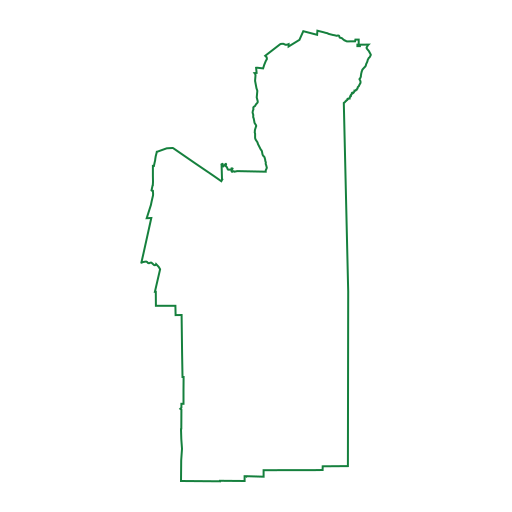 General Pedernera, San Luis, Argentina
{"feature_id": "61730980B72595291642381", "entity_name": "General Pedernera", "entity_type": "district", "adm_level": 2, "iso_a3": "ARG", "parent_name": "Argentina", "parent_adm1": "San Luis", "projection": "equal_earth", "projection_center": [-65.599, -33.81], "detail": "fine", "context": "isolated", "style": "outline", "palette": "green", "viewbox_px": 512, "rotation_deg": 0, "n_neighbors": 0, "source": "geoboundaries", "source_scale": "gbopen_adm2", "svg_char_len": 5683}
<svg xmlns="http://www.w3.org/2000/svg" viewBox="0 0 512 512"><path d="M347.9,466.1L348.2,291.6L343.8,102.9L344.0,102.7L344.3,102.6L344.5,102.5L344.9,102.1L345.0,102.0L345.2,101.8L345.4,101.4L345.8,101.1L346.0,101.0L346.0,100.9L346.2,100.7L346.3,100.5L346.4,100.4L346.9,100.2L347.1,100.1L347.4,99.5L347.6,99.3L347.6,99.0L347.9,99.0L348.0,99.1L348.3,98.8L348.3,98.6L349.0,98.5L349.6,98.5L349.6,98.2L349.8,97.7L349.8,97.3L349.9,97.1L350.1,96.7L350.3,96.5L350.3,96.4L350.7,96.4L350.8,96.3L350.7,96.1L350.7,95.4L351.1,95.1L351.1,94.7L351.3,94.6L351.7,94.2L351.8,94.0L351.8,93.5L351.8,93.3L352.1,93.1L352.1,92.8L352.4,92.6L352.6,92.6L352.9,93.2L353.0,93.2L353.4,92.9L354.0,92.1L354.2,91.6L354.5,91.3L354.6,91.2L354.5,90.8L354.5,90.6L355.1,90.6L355.6,90.5L355.7,90.2L356.1,89.8L356.3,89.7L356.4,89.8L356.6,89.8L356.9,89.2L357.0,89.0L357.3,88.8L357.5,88.5L357.5,88.3L357.6,88.0L357.6,87.8L357.8,87.1L358.4,86.6L358.5,86.4L358.8,86.2L359.3,85.0L359.4,84.9L359.5,84.6L359.7,84.4L359.9,83.9L360.2,83.3L360.4,83.1L360.5,82.8L360.5,82.1L360.5,81.5L360.3,81.0L360.2,80.5L359.5,79.4L359.5,79.0L360.0,78.4L360.3,78.0L360.8,76.8L360.9,76.2L360.9,75.5L361.0,75.0L361.1,74.5L361.2,73.6L361.4,72.8L361.6,72.1L361.7,71.4L362.1,70.7L362.3,69.8L362.8,69.1L363.2,68.8L363.7,68.1L364.3,67.6L364.7,67.0L365.2,66.7L365.5,66.2L366.0,64.9L366.1,64.2L366.4,63.6L367.1,62.1L367.5,61.0L367.6,60.5L367.7,60.0L368.0,59.4L368.4,58.7L368.8,57.9L369.1,57.7L369.6,57.3L370.6,55.4L370.8,54.8L370.1,53.3L369.8,52.9L369.7,52.6L369.3,52.0L369.2,51.5L368.4,50.5L367.3,49.2L366.7,48.4L366.6,47.4L367.3,46.4L367.7,45.4L368.3,44.8L368.5,44.6L359.9,44.7L359.9,46.1L357.4,46.1L357.4,44.7L358.7,44.7L358.7,39.6L355.4,39.6L355.1,41.3L346.9,41.4L345.9,41.0L345.4,40.6L345.0,40.5L344.7,40.5L344.5,40.4L344.3,40.3L344.2,40.1L343.2,39.4L341.9,38.2L341.4,38.0L341.1,37.9L340.3,37.8L340.0,37.7L339.7,37.5L339.6,37.3L339.1,35.9L338.9,35.7L338.7,35.6L337.9,35.5L337.5,35.6L336.9,35.8L336.7,35.8L334.3,35.2L333.0,35.0L328.3,33.8L327.7,33.3L325.5,32.8L324.4,32.5L323.8,32.3L320.6,31.5L317.4,30.7L317.1,34.8L303.3,31.2L299.8,39.0L299.5,39.8L299.2,40.0L288.6,46.5L288.6,44.1L287.9,44.4L287.3,44.6L286.1,44.8L285.8,44.8L285.1,44.6L283.6,43.9L283.3,43.8L282.8,43.8L281.0,43.9L280.4,44.1L279.8,44.5L265.2,55.8L266.7,57.3L266.9,59.0L265.7,61.2L264.2,64.9L263.1,68.4L257.0,67.7L256.1,67.8L256.6,72.9L254.5,73.1L255.0,73.8L255.2,74.0L255.4,74.5L255.4,74.9L255.5,75.4L255.1,80.3L255.1,81.1L255.2,81.5L256.5,88.4L256.7,88.9L257.2,90.4L257.3,90.8L257.3,91.3L256.8,96.6L256.7,97.2L256.8,97.7L256.9,98.1L257.7,101.2L257.7,101.7L257.7,102.1L257.6,102.4L257.5,102.6L257.3,102.9L256.2,104.1L255.9,104.4L255.7,104.8L255.4,105.4L255.2,105.7L254.9,106.1L253.8,106.8L253.6,107.0L253.4,107.3L253.3,107.6L253.3,108.0L253.3,108.3L253.4,109.0L253.4,109.4L253.2,109.9L253.0,110.3L252.9,110.6L252.6,112.3L252.6,112.6L252.7,113.0L253.1,114.3L253.2,114.8L253.3,115.2L253.2,115.7L253.2,117.1L253.3,117.3L253.3,117.6L253.6,118.1L253.7,118.4L254.4,122.1L254.4,122.3L254.5,122.7L254.6,123.0L256.0,125.2L256.1,125.5L256.2,125.9L256.1,126.4L256.0,126.5L255.0,129.7L254.9,130.2L254.8,131.9L254.7,132.3L254.8,132.6L255.1,133.7L255.1,134.0L255.1,137.2L255.1,137.9L255.3,138.7L255.5,139.2L255.7,139.7L257.5,142.4L257.6,142.9L257.8,143.4L257.9,143.9L260.7,149.4L260.9,149.7L261.5,150.4L261.7,150.8L261.9,151.2L262.5,154.3L262.6,154.6L262.8,155.1L263.0,155.5L263.2,155.8L263.5,156.0L263.9,156.4L264.1,156.7L264.5,157.2L265.1,159.4L265.2,160.0L265.3,160.8L265.4,161.2L265.5,161.5L265.7,162.0L265.8,162.3L265.8,162.6L265.8,162.8L265.7,163.6L265.7,163.9L265.8,164.2L265.9,164.5L266.0,164.8L266.1,165.0L266.2,165.3L266.7,167.3L266.8,167.6L266.7,168.1L266.6,168.5L266.3,169.1L266.1,169.5L265.8,170.2L265.7,170.9L265.7,171.3L265.7,171.7L237.2,171.1L235.9,171.4L234.4,171.7L234.2,171.5L233.9,171.3L233.7,171.2L233.4,171.3L233.2,171.3L232.1,171.8L231.9,171.6L231.7,171.4L231.5,171.1L231.5,170.7L231.6,170.3L232.2,169.2L232.3,169.0L232.4,168.9L232.5,168.6L232.3,168.5L232.2,168.4L231.9,168.4L231.7,168.4L231.7,168.5L231.1,169.3L230.8,169.5L230.6,169.6L228.5,169.7L228.2,169.6L227.9,169.5L227.7,169.2L227.0,167.5L226.9,167.3L226.8,167.1L225.9,166.3L225.7,166.1L225.7,165.8L225.7,165.6L226.0,164.9L226.1,164.4L226.1,164.2L225.9,163.9L225.7,163.9L225.5,164.0L224.9,164.7L224.6,165.2L224.5,165.3L224.2,165.5L223.9,165.6L223.7,165.7L223.5,165.9L223.3,166.4L223.1,166.4L222.9,166.4L222.7,166.3L222.6,166.1L222.5,165.9L222.7,164.1L222.5,163.9L221.9,164.1L221.5,164.4L221.6,164.7L221.7,165.0L221.6,165.4L222.0,179.2L222.3,179.4L221.3,181.2L213.4,175.7L195.0,163.2L173.4,148.3L173.2,148.2L172.7,148.0L172.3,148.0L166.9,148.3L166.5,148.4L157.3,151.7L157.0,151.8L156.8,151.8L156.6,152.8L155.7,156.3L155.3,158.8L155.1,160.5L154.6,162.6L153.9,166.0L152.9,165.9L152.9,176.0L153.0,181.8L152.8,185.3L152.6,185.4L151.5,190.4L151.7,190.6L152.9,190.8L153.1,194.1L153.0,195.5L151.7,201.1L150.9,205.0L146.7,218.2L151.3,218.0L143.5,253.3L141.2,263.4L141.8,262.4L142.8,262.1L145.5,261.6L146.3,261.6L147.1,262.0L147.8,262.8L148.3,263.1L148.9,263.2L149.5,263.1L150.3,262.7L150.9,262.6L151.2,262.6L151.7,262.9L153.9,264.9L154.3,265.1L154.7,265.2L155.3,265.1L155.7,264.8L156.0,264.4L156.1,264.1L158.8,267.0L160.1,269.3L154.9,291.8L155.8,291.8L155.9,305.8L165.6,305.8L175.4,305.8L175.6,315.1L181.6,315.0L182.1,353.9L182.5,377.0L183.6,377.0L183.5,390.2L183.5,403.8L181.4,403.8L181.4,407.7L180.3,408.8L181.4,409.7L181.3,428.8L181.0,429.0L181.3,439.1L182.0,448.8L181.2,460.3L181.0,481.0L220.0,481.3L220.0,480.8L244.6,481.0L244.6,476.2L246.3,476.2L246.6,476.6L246.9,476.4L246.9,476.2L263.6,476.7L263.6,470.2L303.8,470.1L315.7,470.1L322.6,470.0L322.7,466.3L347.9,466.1Z" fill="none" stroke="#15803d" stroke-width="2"/></svg>